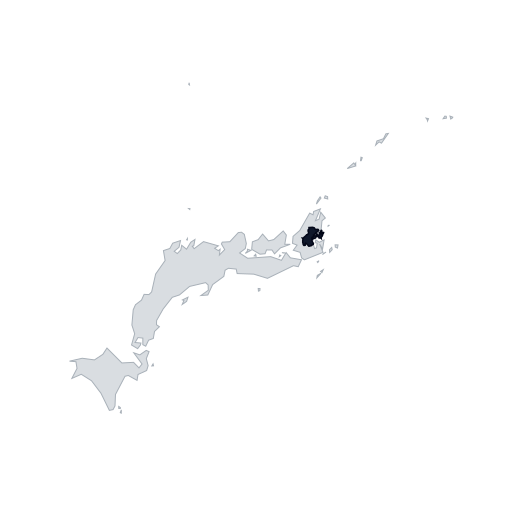 Kumamoto on a map of Japan (Equal Earth projection), rotated 197°
{"feature_id": "JPN-1830", "entity_name": "Kumamoto", "entity_type": "Prefecture", "adm_level": 1, "iso_a3": "JPN", "parent_name": "Japan", "parent_adm1": "", "projection": "equal_earth", "projection_center": [130.522, 32.636], "detail": "fine", "context": "in_parent", "style": "filled", "palette": "ink", "viewbox_px": 512, "rotation_deg": 197, "n_neighbors": 0, "source": "natural_earth", "source_scale": "10m", "svg_char_len": 7464}
<svg xmlns="http://www.w3.org/2000/svg" viewBox="0 0 512 512"><g transform="rotate(197 256 256)"><path d="M342.1,132.8L349.0,134.5L349.3,146.2L354.5,153.7L357.7,168.7L357.0,174.2L352.6,180.3L351.8,186.6L347.1,187.8L345.3,191.1L346.7,209.4L341.6,225.1L346.1,234.1L340.6,238.0L339.4,243.9L332.7,248.7L332.2,241.8L335.6,236.6L332.0,235.3L329.7,239.8L330.2,244.5L324.4,242.2L322.4,250.1L319.2,254.0L318.5,247.6L319.8,246.7L317.3,244.9L310.4,254.4L295.0,254.7L297.8,251.3L293.6,250.1L292.3,252.0L291.3,246.2L287.8,253.0L292.6,257.4L292.3,259.4L285.2,262.0L279.8,273.2L276.8,274.5L273.5,273.3L268.9,265.1L268.4,260.0L272.6,254.1L263.3,251.4L241.7,259.7L230.4,259.3L228.2,268.1L222.6,264.3L211.4,265.7L212.5,258.1L217.3,257.7L238.5,238.0L252.8,238.0L268.9,233.7L271.1,237.7L278.8,236.2L281.4,233.4L280.8,227.1L289.1,216.0L290.7,204.6L297.1,202.1L291.6,209.3L293.3,214.3L296.4,215.8L310.6,207.5L317.8,196.4L324.0,192.0L329.3,178.2L332.2,165.3L331.1,161.2L327.7,160.1L331.0,154.2L330.1,147.1L334.1,144.1L335.1,137.5L338.3,138.1L340.2,144.4L345.0,143.5L346.4,137.9L340.6,139.1L340.5,137.1L342.1,132.8ZM376.8,88.6L388.5,91.8L396.3,85.1L394.3,96.2L397.3,102.3L403.6,100.9L392.3,107.4L380.1,109.4L373.7,117.2L371.6,124.4L353.0,114.5L342.0,118.5L335.2,114.8L333.4,119.4L344.6,127.7L338.2,127.5L333.4,133.6L330.3,133.3L330.9,125.8L327.1,119.6L327.1,114.5L334.2,108.2L333.4,102.3L343.2,104.4L346.1,102.7L349.9,82.5L347.0,71.4L347.8,67.3L351.1,65.5L364.1,79.4L376.8,88.6ZM214.9,272.4L222.0,272.4L219.9,278.4L224.8,278.8L226.3,285.6L221.6,293.2L217.2,312.7L213.5,312.1L213.9,315.4L208.2,319.9L209.5,307.1L206.4,309.7L206.9,316.8L200.8,312.6L203.2,309.0L201.4,300.1L207.6,290.4L205.6,289.7L206.3,286.5L202.1,280.2L200.5,281.5L201.2,286.1L203.3,286.1L203.5,288.9L199.5,287.6L195.6,291.3L194.4,282.3L198.7,286.1L193.0,279.1L208.6,266.5L211.8,267.5L214.9,272.4ZM252.7,258.9L262.1,261.1L263.6,268.5L258.7,272.3L256.1,278.9L248.5,274.1L243.8,276.9L237.3,287.9L233.1,284.9L231.9,275.6L226.7,277.2L235.0,270.9L238.9,263.5L242.5,266.4L247.7,264.9L248.0,260.8L252.7,258.9ZM174.0,401.4L168.4,405.4L167.5,410.8L165.3,411.9L169.0,400.6L171.7,401.1L174.0,397.0L174.0,401.4ZM313.5,192.5L309.0,196.7L309.1,192.3L312.4,188.1L311.9,192.4L313.5,192.5ZM194.3,366.3L189.7,373.6L186.9,371.3L194.3,366.3ZM199.9,297.5L198.2,297.2L198.9,292.2L201.1,291.8L199.9,297.5ZM266.1,260.0L262.5,259.9L267.0,255.4L265.7,258.0L266.1,260.0ZM207.4,333.8L204.9,333.7L204.1,331.5L207.6,331.4L207.4,333.8ZM191.7,255.4L188.8,258.5L191.4,252.8L191.7,255.4ZM212.0,331.3L210.8,330.4L213.4,323.3L213.4,326.7L212.0,331.3ZM180.4,287.4L182.8,287.7L183.6,289.8L180.8,290.6L180.4,287.4ZM189.8,260.1L187.7,262.6L188.1,259.4L189.8,260.1ZM111.4,446.5L108.4,446.3L108.4,445.7L109.8,443.9L111.4,446.5ZM244.4,225.6L242.6,226.0L242.2,224.0L243.4,223.1L244.4,225.6ZM186.1,286.3L185.0,284.3L186.6,281.0L187.6,283.5L186.1,286.3ZM117.2,442.0L116.3,445.0L114.9,445.2L114.2,443.5L117.2,442.0ZM184.5,381.2L183.1,381.1L183.3,377.9L183.9,377.7L184.5,381.2ZM343.3,72.0L341.4,71.4L341.2,70.5L342.7,70.1L343.3,72.0ZM205.1,292.3L202.8,294.0L202.1,293.2L205.1,292.3ZM322.9,122.7L321.9,121.0L323.5,120.4L322.9,122.7ZM229.0,267.5L230.5,266.9L232.2,266.8L229.0,267.5ZM340.0,66.5L339.8,69.5L338.9,66.3L340.0,66.5ZM192.1,278.2L190.2,280.2L192.9,276.8L192.1,278.2ZM133.7,437.6L131.2,437.8L131.4,435.2L132.1,436.4L133.7,437.6ZM195.8,268.3L194.4,269.9L195.0,267.8L195.8,268.3ZM257.8,255.6L256.8,257.6L255.8,255.8L257.8,255.6ZM188.2,372.7L187.8,374.1L187.3,372.4L188.2,372.7ZM327.1,251.2L326.7,252.7L326.3,251.2L327.1,251.2ZM195.9,306.4L194.7,306.9L195.8,305.6L195.9,306.4ZM233.5,262.1L233.6,263.9L232.4,263.6L233.5,262.1ZM334.3,281.7L333.0,282.0L332.9,281.1L334.3,281.7ZM370.4,400.3L370.6,402.1L369.6,400.1L370.4,400.3Z" fill="#d9dde1" stroke="#a8b0b8" stroke-width="1"/><path d="M203.5,298.7L203.7,298.3L203.7,298.2L204.7,297.0L204.8,296.5L204.9,296.4L205.1,296.3L205.1,296.2L205.1,295.9L205.1,295.7L205.2,295.4L205.3,295.3L205.7,295.7L205.8,295.5L205.8,295.3L205.8,294.8L205.9,294.6L206.2,294.1L206.5,293.9L206.6,293.4L206.6,293.0L206.3,292.7L206.5,292.5L206.6,292.4L207.0,292.5L206.9,292.2L206.6,291.9L206.5,291.7L207.6,290.6L207.8,290.3L208.0,289.8L207.6,289.8L205.4,290.3L205.1,290.4L204.9,290.3L205.1,290.1L205.3,289.9L206.3,289.3L206.6,289.0L206.7,288.9L206.9,288.9L207.1,288.9L207.3,288.8L207.4,288.7L207.2,288.6L207.0,288.4L207.0,288.2L206.9,288.0L206.9,287.9L207.0,287.7L207.2,287.4L207.1,287.2L206.9,286.8L205.9,285.8L205.2,285.1L204.8,284.8L204.7,284.5L204.7,283.8L204.9,283.6L205.4,283.5L205.6,283.4L205.7,283.2L205.6,282.8L205.8,282.5L206.0,282.3L206.3,282.0L206.5,281.7L206.8,281.6L207.3,281.6L207.5,281.5L207.7,281.3L208.0,280.9L208.4,280.8L208.6,280.9L208.8,281.0L209.6,281.6L210.2,281.9L210.7,282.1L211.8,282.8L212.2,282.9L212.4,282.8L212.5,282.6L212.6,282.1L212.6,281.8L212.3,281.4L212.2,281.2L212.1,280.8L212.1,280.6L212.6,280.4L212.9,280.2L213.1,280.1L213.3,280.1L213.8,280.4L214.2,280.8L214.4,281.1L214.9,282.1L215.0,282.3L215.3,282.6L215.4,282.9L215.5,283.4L215.7,283.9L215.8,284.1L215.9,285.1L215.9,285.3L216.1,285.9L217.0,286.7L216.2,286.9L216.1,287.0L215.9,287.2L215.8,287.4L215.6,287.8L215.4,288.3L215.0,288.7L214.9,288.9L214.7,289.3L214.5,289.6L214.3,289.9L214.1,290.2L214.0,290.5L213.9,291.0L213.7,291.2L213.5,291.3L213.3,291.3L213.2,291.4L213.0,291.6L212.8,291.9L212.6,292.8L212.5,293.1L212.5,293.3L212.6,293.7L212.7,294.0L212.8,294.2L213.1,294.5L213.3,294.7L213.4,295.0L213.5,295.3L213.7,295.8L213.8,296.0L213.7,296.2L213.7,296.4L213.4,296.9L213.2,297.2L213.2,297.4L213.3,297.6L213.5,298.1L213.6,298.3L213.7,298.7L213.6,298.9L213.4,298.9L212.6,298.7L212.4,298.9L212.1,299.3L211.9,299.5L211.7,299.6L211.3,299.5L211.1,299.5L210.9,299.5L210.5,299.9L210.3,300.0L210.1,300.0L209.9,300.0L209.0,300.0L208.6,300.0L208.1,299.7L207.2,298.8L206.9,298.7L206.7,298.8L206.4,299.0L206.2,299.0L205.3,299.4L205.0,299.5L204.6,299.6L204.4,299.6L204.2,299.5L204.0,299.4L203.7,298.9L203.5,298.7L203.5,298.7ZM201.0,291.7L201.4,292.2L201.5,292.9L201.5,294.5L201.6,294.9L201.6,295.4L201.6,295.5L201.4,295.8L200.9,296.0L200.6,296.9L200.2,297.1L199.8,297.7L199.6,297.8L199.3,298.1L198.9,298.2L198.7,298.2L198.9,297.1L198.7,297.2L198.4,297.2L198.2,297.4L198.2,297.1L198.3,297.0L198.7,296.5L199.0,296.3L199.3,296.3L199.5,296.3L199.7,296.1L199.4,296.1L199.2,296.0L198.9,296.1L198.6,295.9L198.5,295.6L198.4,295.2L198.5,294.8L198.6,294.7L198.6,294.3L198.7,293.9L198.9,293.6L199.0,293.3L199.2,292.9L199.1,292.5L198.8,291.9L199.0,292.0L199.4,292.2L199.5,292.2L199.8,292.0L200.2,291.9L200.4,291.8L200.7,291.7L201.0,291.7ZM204.4,292.3L204.8,292.1L205.1,292.1L205.2,292.3L204.8,292.7L204.2,294.4L203.8,294.8L203.7,294.7L203.7,294.1L203.6,293.9L203.5,294.0L203.2,294.2L202.7,294.2L202.4,294.3L202.1,294.5L201.8,294.0L201.7,293.7L201.8,293.4L202.1,293.3L202.2,293.2L202.5,292.8L202.8,292.6L203.0,292.5L203.5,292.3L203.8,292.1L204.0,292.1L204.0,292.3L204.4,292.3ZM200.9,298.0L201.2,298.0L201.3,298.1L201.4,298.5L201.2,299.4L201.1,299.6L200.8,299.7L200.6,299.6L200.5,299.3L200.6,299.0L200.5,298.8L200.3,298.5L200.3,298.2L200.3,297.9L200.6,297.8L200.9,298.0ZM204.9,290.8L205.0,290.9L205.0,291.1L205.0,291.4L204.9,291.6L204.7,291.6L204.7,291.9L204.4,291.6L204.4,291.4L204.4,291.2L204.3,290.8L204.5,290.5L204.7,290.4L204.8,290.3L205.0,290.5L204.9,290.8ZM202.1,296.2L202.3,296.3L202.4,296.5L202.1,296.9L202.0,297.0L201.8,297.0L201.7,297.1L201.7,296.8L201.7,296.6L201.8,296.5L201.8,296.4L202.0,296.2L202.1,296.2Z" fill="#0f172a" stroke="#020617" stroke-width="1.5"/></g></svg>